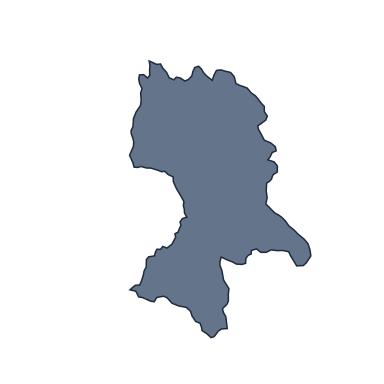 the district of Tapiratiba, São Paulo, Brazil, rotated 140°
{"feature_id": "56859067B91878871299734", "entity_name": "Tapiratiba", "entity_type": "district", "adm_level": 2, "iso_a3": "BRA", "parent_name": "Brazil", "parent_adm1": "São Paulo", "projection": "equal_earth", "projection_center": [-46.735, -21.456], "detail": "fine", "context": "isolated", "style": "filled", "palette": "slate", "viewbox_px": 384, "rotation_deg": 140, "n_neighbors": 0, "source": "geoboundaries", "source_scale": "gbopen_adm2", "svg_char_len": 2491}
<svg xmlns="http://www.w3.org/2000/svg" viewBox="0 0 384 384"><g transform="rotate(140 192 192)"><path d="M136.4,77.8L136.4,83.5L137.1,87.7L137.9,91.9L138.2,96.8L139.6,103.8L139.1,109.7L139.4,114.3L140.4,118.6L142.1,122.8L143.1,135.4L138.0,139.4L134.6,145.0L129.1,150.8L125.9,150.4L122.8,150.8L119.0,153.1L113.8,152.5L109.9,157.0L109.7,162.2L113.2,167.9L109.9,168.6L105.1,170.7L101.1,169.4L99.0,173.2L100.2,179.1L103.3,185.2L102.0,190.9L100.8,197.2L99.1,200.4L95.0,200.0L89.2,199.7L85.5,201.7L84.9,207.1L81.6,211.1L81.9,215.7L81.6,220.4L81.6,224.9L83.0,230.0L82.9,236.0L84.9,239.8L86.8,242.8L88.6,246.8L85.5,253.4L85.6,258.8L88.6,262.8L91.4,267.0L95.1,269.4L100.0,267.4L104.7,264.5L106.3,271.9L106.4,276.1L105.7,280.2L106.1,284.1L109.8,285.6L113.9,283.7L117.6,281.0L122.5,280.5L126.2,281.7L127.6,286.8L130.2,290.0L133.8,289.6L136.0,294.1L134.6,300.1L134.8,305.8L133.8,310.3L137.1,312.5L138.8,316.2L140.6,319.9L142.9,315.9L146.4,312.4L149.2,308.6L152.8,307.9L153.6,313.0L156.9,315.5L160.2,312.8L162.4,308.9L163.8,303.3L167.8,300.8L171.5,295.5L175.9,291.3L179.4,290.4L183.4,289.2L189.8,285.8L192.0,283.3L195.4,279.9L199.1,278.3L201.2,275.5L202.6,271.5L204.5,267.8L207.4,264.7L212.4,262.2L216.2,260.3L218.5,252.3L220.4,248.3L217.6,245.5L214.7,244.4L211.5,239.7L208.1,236.7L204.3,230.8L202.2,227.0L199.6,225.4L199.0,220.6L196.7,215.6L199.4,212.4L200.6,208.8L201.6,205.2L202.3,201.4L203.2,195.5L204.4,189.8L207.4,187.1L208.9,183.9L211.3,180.7L212.1,176.1L216.5,177.8L220.4,176.8L221.9,173.6L225.6,171.9L228.4,170.2L231.9,171.0L233.6,167.9L236.8,166.6L240.9,164.9L247.2,165.2L249.4,169.1L252.9,168.3L255.7,170.7L258.7,169.4L261.9,167.2L266.8,170.2L270.3,169.6L275.4,163.9L279.3,162.4L282.4,159.9L286.6,157.1L291.7,154.4L295.3,156.9L298.1,157.1L302.4,156.9L298.8,152.1L300.3,145.9L297.8,143.0L293.9,135.0L291.5,132.2L286.8,133.9L280.6,130.3L279.1,127.0L278.8,119.6L275.4,113.2L270.6,107.4L269.8,101.6L271.7,97.0L272.4,90.4L270.2,86.3L271.6,82.4L273.4,79.3L271.8,74.2L271.0,68.1L267.8,67.0L261.5,68.5L257.4,68.1L252.8,64.7L249.2,70.2L246.2,74.8L245.5,79.1L243.7,83.0L237.4,83.5L234.3,85.0L229.9,90.3L225.8,94.3L224.4,104.2L219.7,112.4L217.6,118.1L215.4,120.6L211.5,123.4L208.5,117.0L206.0,112.6L204.3,108.2L200.3,104.4L196.8,102.9L193.4,106.5L189.8,107.4L186.6,106.5L184.1,109.0L179.2,107.0L178.1,101.6L173.8,98.0L168.6,96.8L164.3,92.2L160.0,88.8L156.3,84.1L157.4,80.2L159.3,68.1L154.0,64.1L150.0,64.3L142.1,66.6L139.0,71.5L136.4,77.8Z" fill="#64748b" stroke="#1e293b" stroke-width="1.5"/></g></svg>